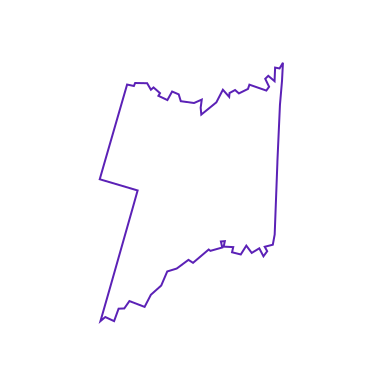 outline of Grant, Louisiana, United States of America, rotated 286°
{"feature_id": "52423323B37806009634223", "entity_name": "Grant", "entity_type": "district", "adm_level": 2, "iso_a3": "USA", "parent_name": "United States of America", "parent_adm1": "Louisiana", "projection": "mercator", "projection_center": [-92.542, 31.593], "detail": "fine", "context": "isolated", "style": "outline", "palette": "violet", "viewbox_px": 384, "rotation_deg": 286, "n_neighbors": 0, "source": "geoboundaries", "source_scale": "gbopen_adm2", "svg_char_len": 1029}
<svg xmlns="http://www.w3.org/2000/svg" viewBox="0 0 384 384"><g transform="rotate(286 192 192)"><path d="M42.7,139.6L47.9,143.1L46.4,152.7L59.6,153.6L61.4,159.0L69.9,161.9L68.5,178.1L81.9,180.8L93.6,188.2L108.8,190.1L114.2,198.4L125.8,207.3L124.2,212.5L141.3,223.9L140.5,225.9L147.0,236.4L152.4,233.4L153.8,237.1L148.2,237.5L150.4,246.8L145.1,247.1L145.4,256.1L155.4,259.0L149.9,266.2L156.4,272.2L149.9,278.4L155.8,280.6L159.4,277.0L163.6,284.2L173.9,283.2L243.7,266.0L244.8,265.7L300.1,252.5L323.6,247.9L341.3,243.8L334.9,242.1L334.5,237.6L321.3,240.8L324.7,233.3L321.0,231.2L314.4,237.1L310.0,235.5L311.0,217.6L306.5,217.4L299.7,209.9L301.9,205.3L297.5,200.8L293.7,201.5L298.8,193.5L284.9,190.7L269.0,179.6L275.4,177.1L283.5,175.9L278.1,169.4L276.2,156.2L282.2,152.3L283.1,145.2L273.6,143.0L275.2,133.2L278.2,134.0L281.9,126.2L279.0,124.3L284.2,118.9L281.1,107.3L277.9,106.9L277.4,100.0L194.1,99.8L178.8,99.8L178.5,138.0L178.5,139.3L160.2,139.4L73.9,139.6L42.7,139.6Z" fill="none" stroke="#5b21b6" stroke-width="2"/></g></svg>